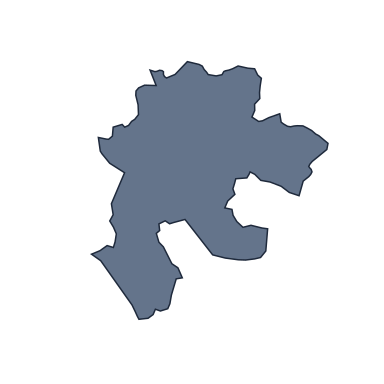 Madona, Mercator projection, rotated 113°
{"feature_id": "LVA-1087", "entity_name": "Madona", "entity_type": "Municipality", "adm_level": 1, "iso_a3": "LVA", "parent_name": "Latvia", "parent_adm1": "", "projection": "mercator", "projection_center": [26.234, 56.844], "detail": "fine", "context": "isolated", "style": "filled", "palette": "slate", "viewbox_px": 384, "rotation_deg": 113, "n_neighbors": 0, "source": "natural_earth", "source_scale": "10m", "svg_char_len": 1850}
<svg xmlns="http://www.w3.org/2000/svg" viewBox="0 0 384 384"><g transform="rotate(113 192 192)"><path d="M329.9,191.1L327.8,193.7L324.2,197.6L319.4,203.1L290.9,249.2L288.5,260.2L282.0,253.8L274.5,249.2L273.8,242.7L268.0,243.3L260.1,245.3L255.1,250.5L250.8,256.4L243.7,255.7L234.3,261.6L200.6,261.6L197.7,279.0L192.0,289.8L190.2,292.4L178.4,299.5L176.8,291.6L176.1,289.4L171.7,287.1L163.1,289.9L157.1,282.7L158.6,279.3L155.5,276.4L150.6,275.2L147.5,273.1L141.7,271.5L132.8,275.7L125.0,281.5L120.9,283.0L117.0,281.8L112.2,277.4L108.0,266.6L96.2,278.2L95.7,273.2L94.6,271.4L92.6,269.4L92.0,267.0L92.4,265.3L95.0,264.2L96.5,262.4L97.0,260.0L90.4,253.5L73.8,247.2L71.8,235.3L72.1,231.7L74.5,228.7L76.0,225.4L77.6,223.0L75.7,215.1L72.3,210.2L68.7,209.8L67.4,208.6L65.3,205.6L62.7,202.8L58.0,198.8L56.2,189.0L54.1,182.5L58.7,177.2L60.2,172.6L67.7,170.7L74.1,168.7L79.5,166.1L86.7,168.7L92.4,166.1L99.6,166.1L101.0,158.2L98.9,154.9L93.5,150.3L85.7,141.8L92.9,137.2L93.6,134.4L94.2,129.7L93.4,126.7L91.4,123.9L89.8,120.9L87.8,115.7L88.1,111.0L88.7,105.7L90.3,100.9L90.6,97.3L94.1,85.8L100.2,84.5L116.9,93.3L120.5,94.4L122.9,94.5L123.8,93.0L124.6,91.2L126.6,89.4L129.4,89.6L132.2,90.5L138.5,93.9L153.6,92.0L154.4,102.3L151.9,112.2L152.3,124.0L154.4,133.2L151.2,141.1L150.8,146.4L153.3,146.4L157.6,147.0L162.7,156.9L167.3,156.2L173.1,155.6L177.4,151.6L186.3,155.6L193.8,155.6L192.4,148.4L197.4,145.1L201.7,139.2L204.6,131.3L199.6,124.7L197.8,113.5L196.3,108.0L217.5,101.0L225.5,103.3L229.1,108.2L233.7,116.1L236.3,122.9L239.8,135.6L241.8,148.4L220.0,187.7L227.2,196.9L230.0,200.2L229.0,205.4L234.3,210.0L240.1,206.7L244.0,208.7L251.2,202.8L253.7,196.9L265.9,182.5L267.3,175.3L274.8,167.4L278.1,172.6L294.9,170.7L303.5,168.7L308.9,168.7L313.9,174.6L314.2,179.9L320.0,179.9L325.4,183.1L329.9,191.1Z" fill="#64748b" stroke="#1e293b" stroke-width="1.5"/></g></svg>